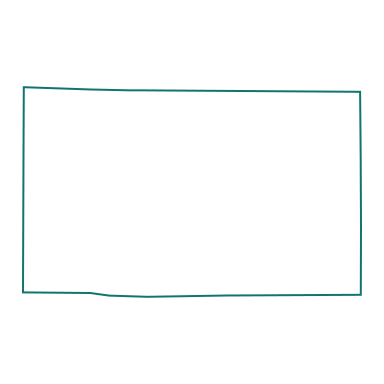 Greene, Indiana, United States of America
{"feature_id": "52423323B68653933652914", "entity_name": "Greene", "entity_type": "district", "adm_level": 2, "iso_a3": "USA", "parent_name": "United States of America", "parent_adm1": "Indiana", "projection": "orthographic", "projection_center": [-86.97, 39.037], "detail": "fine", "context": "isolated", "style": "outline", "palette": "teal", "viewbox_px": 384, "rotation_deg": 0, "n_neighbors": 0, "source": "geoboundaries", "source_scale": "gbopen_adm2", "svg_char_len": 297}
<svg xmlns="http://www.w3.org/2000/svg" viewBox="0 0 384 384"><path d="M361.0,226.6L360.7,158.6L360.1,91.8L136.1,90.3L127.8,90.3L91.2,89.5L23.8,87.2L23.5,155.1L23.0,292.4L90.3,293.0L109.1,295.6L147.5,296.8L226.8,295.5L360.8,294.8L361.0,226.6Z" fill="none" stroke="#0f766e" stroke-width="2"/></svg>